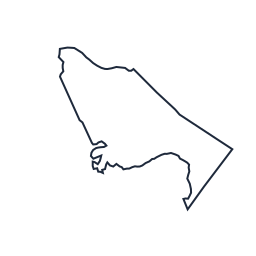 the district of Antônio Martins, Rio Grande do Norte, Brazil, rotated 212°
{"feature_id": "56859067B13726500765771", "entity_name": "Antônio Martins", "entity_type": "district", "adm_level": 2, "iso_a3": "BRA", "parent_name": "Brazil", "parent_adm1": "Rio Grande do Norte", "projection": "natural_earth1", "projection_center": [-37.923, -6.207], "detail": "fine", "context": "isolated", "style": "outline", "palette": "slate", "viewbox_px": 256, "rotation_deg": 212, "n_neighbors": 0, "source": "geoboundaries", "source_scale": "gbopen_adm2", "svg_char_len": 1373}
<svg xmlns="http://www.w3.org/2000/svg" viewBox="0 0 256 256"><g transform="rotate(212 128 128)"><path d="M154.6,180.9L155.6,178.3L157.7,177.0L162.3,177.4L170.2,173.6L173.5,170.0L176.6,167.2L178.8,165.9L182.4,164.9L187.2,164.5L192.0,164.6L197.1,165.5L200.8,165.8L206.7,167.4L215.9,167.4L218.2,166.2L222.0,164.1L227.7,159.0L225.1,154.1L224.3,151.4L217.7,149.7L216.8,146.8L215.2,144.3L212.9,141.8L213.5,137.9L212.9,135.5L173.2,109.0L169.6,108.6L150.8,96.3L148.8,95.6L146.1,97.7L145.4,100.1L143.3,102.7L139.2,102.4L137.0,101.6L138.3,99.2L141.0,97.2L142.9,95.6L144.4,94.1L145.9,90.9L145.9,87.7L144.6,84.6L141.1,83.6L136.1,90.5L135.3,88.2L134.4,85.1L134.5,81.3L138.2,81.4L140.1,80.8L137.8,77.1L135.4,75.1L132.8,77.5L130.1,75.2L128.3,76.2L125.5,76.6L127.7,78.8L125.7,81.0L127.2,85.6L127.3,87.9L123.5,86.7L120.1,87.5L118.8,91.4L114.7,91.0L112.6,91.5L110.0,90.5L107.5,92.9L105.4,94.3L103.7,97.0L101.8,99.2L99.6,100.2L97.6,101.6L96.0,103.8L94.5,107.6L92.2,111.0L91.1,114.5L89.4,115.8L88.3,118.3L85.4,123.0L83.3,125.5L81.3,126.7L78.3,129.6L73.6,130.7L70.4,131.1L67.7,129.6L64.7,129.9L61.7,130.0L59.4,130.0L56.8,129.3L55.6,126.6L53.0,123.7L52.1,120.2L50.9,116.5L46.1,113.5L42.3,109.6L40.2,106.5L39.8,103.0L39.6,99.9L41.9,98.7L43.4,97.2L34.3,90.6L32.5,118.6L28.3,165.3L47.4,165.7L91.4,166.7L97.8,168.7L122.5,173.4L154.6,180.9Z" fill="none" stroke="#1e293b" stroke-width="2"/></g></svg>